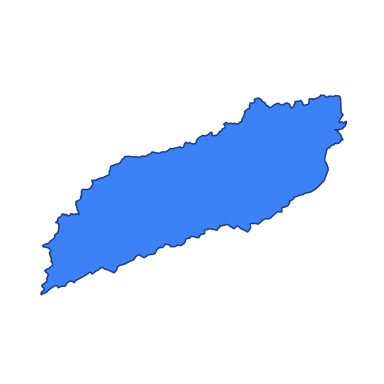 outline of Vinh Thanh, Bình Định, Vietnam, rotated 264°
{"feature_id": "81297802B21955309192571", "entity_name": "Vinh Thanh", "entity_type": "district", "adm_level": 2, "iso_a3": "VNM", "parent_name": "Vietnam", "parent_adm1": "Bình Định", "projection": "robinson", "projection_center": [108.747, 14.237], "detail": "fine", "context": "isolated", "style": "filled", "palette": "blue", "viewbox_px": 384, "rotation_deg": 264, "n_neighbors": 0, "source": "geoboundaries", "source_scale": "gbopen_adm2", "svg_char_len": 6034}
<svg xmlns="http://www.w3.org/2000/svg" viewBox="0 0 384 384"><g transform="rotate(264 192 192)"><path d="M202.2,329.8L202.8,329.4L204.4,329.3L207.1,328.3L208.7,327.2L209.2,327.2L213.7,328.1L217.7,329.8L219.7,330.3L221.3,331.5L221.5,332.1L221.4,333.2L222.9,334.6L224.1,336.3L224.3,337.2L224.1,338.1L225.3,339.0L225.6,339.6L225.0,340.4L225.3,343.1L226.3,344.6L227.4,345.5L228.3,347.5L230.4,346.4L232.2,346.4L234.2,345.3L234.9,344.3L237.3,343.5L237.6,342.4L239.0,341.0L238.6,344.2L238.7,345.1L239.2,346.4L239.1,348.3L240.1,349.1L241.7,351.3L243.7,352.5L246.0,352.8L246.1,352.5L246.1,351.7L244.7,350.6L244.6,350.2L246.1,348.8L246.1,348.3L245.7,346.4L246.3,345.7L248.7,346.7L251.1,348.6L252.8,350.3L255.0,348.8L256.9,348.7L267.9,349.4L269.6,349.4L271.9,348.7L272.8,345.1L272.4,343.3L272.3,341.6L273.1,338.5L272.2,336.9L272.1,335.9L272.2,335.5L273.0,335.0L273.7,334.0L274.3,333.6L274.6,332.5L274.3,331.5L274.9,330.2L273.2,328.9L273.1,327.9L272.3,326.0L272.1,324.5L271.5,323.5L271.6,322.1L272.0,322.0L272.2,321.4L272.2,320.3L272.4,318.9L272.2,318.3L271.3,318.0L269.9,318.0L267.8,317.3L267.0,316.5L266.5,312.5L266.6,311.9L269.4,311.1L271.3,310.1L271.6,309.7L271.1,307.6L271.3,304.4L270.9,303.8L269.0,303.8L268.5,302.8L267.1,302.4L266.6,302.1L265.9,301.1L265.3,299.5L265.5,299.2L267.2,298.8L269.0,298.1L269.8,297.2L270.5,296.0L270.7,295.0L270.6,294.5L269.2,291.7L269.0,290.0L270.8,287.8L271.2,287.2L271.2,286.1L269.9,282.4L268.7,280.8L267.7,278.3L268.5,277.1L269.9,276.4L270.4,274.7L272.5,274.2L273.8,273.1L274.2,271.6L276.2,271.0L277.5,269.7L278.1,268.8L278.4,267.7L278.3,265.7L278.0,264.4L277.2,263.5L275.5,263.8L274.8,263.6L273.9,261.7L274.4,259.8L274.4,259.2L271.1,257.9L270.0,258.7L269.4,258.6L269.1,258.1L269.1,257.1L268.3,255.3L266.8,252.9L266.4,252.7L265.2,252.8L264.6,252.3L263.0,251.9L262.2,251.3L261.1,251.0L260.1,250.0L258.9,249.3L256.7,248.5L256.6,247.2L254.9,245.0L254.8,244.4L255.0,243.4L256.0,241.5L255.5,239.1L256.4,238.2L256.1,235.5L256.3,234.9L257.4,233.9L257.6,233.3L256.1,230.6L255.3,231.1L254.5,232.1L254.1,232.2L252.7,231.4L252.2,230.7L251.3,228.4L249.5,227.4L249.2,225.7L247.0,224.0L246.1,222.9L245.8,221.8L245.8,220.1L245.7,218.9L245.9,218.0L247.4,218.2L248.5,218.1L249.3,217.7L249.3,217.0L248.8,215.7L247.6,214.6L247.1,213.5L246.5,210.9L246.5,210.2L247.2,208.7L245.5,204.8L242.9,201.9L240.8,201.3L239.8,200.2L239.8,197.7L240.3,196.1L241.5,194.6L240.9,193.2L240.9,192.4L242.2,191.3L241.7,190.6L240.4,189.4L237.9,188.6L237.2,187.1L237.0,186.4L237.1,185.7L238.0,185.2L238.2,184.8L237.1,177.8L237.5,175.0L237.1,174.3L235.7,172.6L235.5,171.7L234.9,170.7L234.6,169.7L235.0,166.2L233.9,163.8L234.2,162.8L234.3,161.6L236.0,156.7L235.8,156.3L234.5,155.0L233.5,151.9L232.5,150.2L232.3,149.1L232.9,147.1L232.8,145.7L232.6,144.7L231.6,143.6L232.5,141.8L232.8,140.9L233.0,137.5L234.1,133.2L234.2,128.7L232.9,128.0L231.3,125.3L229.7,124.7L228.6,123.4L227.8,121.8L227.3,118.5L226.2,114.2L224.9,113.4L223.0,113.1L221.9,112.3L220.9,112.3L220.5,111.7L219.2,111.7L217.7,111.4L217.2,109.2L215.6,105.0L215.4,102.5L214.6,99.2L213.7,97.4L214.0,95.8L214.0,93.7L213.8,93.5L211.0,94.3L209.1,93.6L207.8,92.4L206.3,91.9L205.3,87.8L206.1,84.1L205.9,83.2L205.3,82.6L204.0,82.1L200.6,81.8L199.6,81.4L199.3,80.8L197.7,80.9L196.9,80.6L195.6,78.7L194.8,76.7L195.0,75.9L194.7,75.6L193.9,75.8L192.7,75.3L190.7,75.3L188.2,76.2L186.5,76.0L184.3,77.0L183.0,76.9L181.6,77.4L181.6,76.6L182.1,75.4L182.3,73.7L181.9,71.7L182.8,70.7L183.0,69.9L182.8,69.0L181.5,68.1L181.2,66.5L181.5,65.6L183.0,64.7L183.0,64.2L182.5,63.3L182.5,62.7L183.5,62.2L183.5,60.3L182.2,60.1L181.9,59.5L181.0,58.9L180.6,57.6L180.6,56.8L178.5,55.4L176.9,55.4L176.7,54.3L176.1,53.4L175.8,53.4L175.6,54.4L175.0,55.1L174.1,55.8L173.3,56.1L172.5,56.2L168.5,55.5L165.7,54.3L163.6,51.0L161.8,50.8L160.5,50.1L159.7,49.1L158.2,46.1L156.4,44.7L155.8,43.2L155.4,40.5L154.4,37.8L154.0,37.8L153.6,38.0L152.8,39.0L152.3,41.1L151.1,43.9L148.1,45.6L147.6,45.4L146.9,44.1L146.4,43.8L145.1,43.9L139.4,45.4L138.0,44.4L136.2,45.7L133.7,45.7L133.0,45.0L131.8,42.6L130.9,42.2L130.5,39.6L129.1,37.4L128.1,37.9L125.8,40.1L124.8,40.4L122.4,39.4L121.4,38.6L119.5,38.7L117.9,38.0L115.2,33.2L113.8,32.9L113.3,33.2L111.9,34.6L110.7,34.8L109.4,33.9L107.9,31.6L106.0,31.2L105.6,31.6L106.5,33.2L106.8,35.1L107.4,36.5L109.6,39.3L112.6,44.5L113.1,45.9L113.2,46.7L112.8,47.7L110.8,49.1L111.9,52.5L111.7,55.1L111.8,56.4L114.9,58.3L115.5,59.9L116.1,62.2L116.0,63.1L114.2,65.4L114.5,65.9L115.9,66.7L120.0,76.8L123.0,82.1L122.9,82.6L120.9,84.0L120.9,84.4L123.5,88.4L123.9,89.9L126.5,94.3L126.2,95.2L124.3,97.6L123.1,100.6L119.8,106.1L121.2,107.9L122.3,108.8L124.9,110.0L126.2,111.5L126.6,112.8L126.8,114.7L127.6,118.2L129.9,123.7L130.4,126.4L131.1,127.3L133.2,129.1L134.5,130.6L135.0,131.7L135.0,132.9L132.1,136.6L131.8,137.6L132.7,140.0L134.1,141.6L134.2,146.9L134.4,148.1L135.2,149.2L138.0,150.8L138.7,151.5L139.4,152.5L140.2,154.3L139.8,156.5L139.8,157.0L143.0,160.2L142.7,161.4L141.7,164.0L140.9,164.6L139.9,164.9L139.7,167.6L139.4,168.6L139.8,170.3L140.7,172.0L139.9,175.4L141.3,178.3L142.3,179.3L143.4,180.1L146.0,181.1L146.3,184.6L146.7,185.4L147.7,186.1L147.9,186.7L147.4,189.5L146.2,191.7L145.9,194.1L147.1,194.7L149.1,196.6L149.0,199.0L149.4,200.1L152.0,200.5L152.6,200.9L153.6,205.2L153.5,206.4L152.8,208.1L152.7,209.5L151.6,211.8L151.4,212.9L151.9,213.5L153.6,214.4L153.9,215.9L155.4,216.1L155.2,218.3L155.7,219.4L155.5,220.7L156.1,222.4L156.1,223.2L155.0,225.5L153.5,226.6L152.7,228.1L151.6,229.1L151.2,230.3L153.5,233.0L153.4,234.0L150.4,236.9L147.4,241.8L146.5,242.9L146.6,243.4L150.2,246.6L153.0,246.3L154.4,246.5L154.4,248.7L153.9,252.5L153.3,253.7L153.3,254.8L157.4,260.8L157.7,263.9L157.1,265.1L158.1,267.6L162.7,273.8L163.6,275.3L163.1,276.4L162.7,279.1L162.9,279.3L166.5,279.6L167.1,279.9L167.4,283.2L167.9,285.0L168.3,285.6L168.8,286.4L170.8,287.8L171.6,288.0L172.4,287.8L174.1,291.4L174.4,291.9L175.9,293.0L177.7,299.1L177.8,301.8L178.1,302.7L178.8,303.8L179.5,309.5L180.0,311.0L182.1,315.4L188.6,323.6L189.6,324.6L199.7,329.7L202.2,329.8Z" fill="#3b82f6" stroke="#1e3a8a" stroke-width="1.5"/></g></svg>